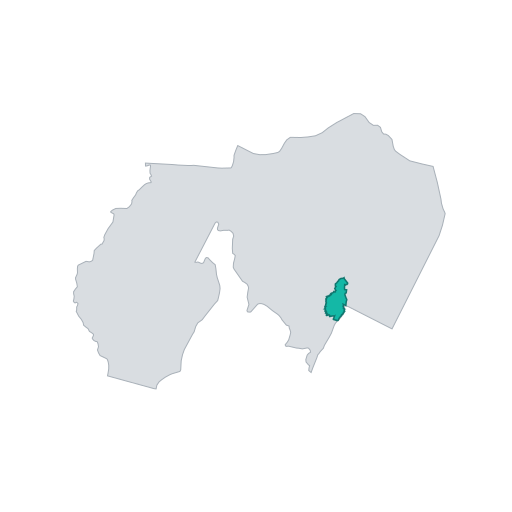 Manyinga, North-Western, Zambia shown in context, rotated 207°
{"feature_id": "96606910B15136159078795", "entity_name": "Manyinga", "entity_type": "district", "adm_level": 2, "iso_a3": "ZMB", "parent_name": "Zambia", "parent_adm1": "North-Western", "projection": "equal_earth", "projection_center": [24.317, -13.081], "detail": "fine", "context": "in_parent", "style": "filled", "palette": "teal", "viewbox_px": 512, "rotation_deg": 207, "n_neighbors": 0, "source": "geoboundaries", "source_scale": "gbopen_adm2", "svg_char_len": 7936}
<svg xmlns="http://www.w3.org/2000/svg" viewBox="0 0 512 512"><g transform="rotate(207 256 256)"><path d="M322.4,346.1L304.9,346.1L298.6,348.0L293.3,350.8L287.1,355.2L283.5,358.2L282.5,359.9L282.0,363.6L281.9,369.4L281.3,373.5L279.3,377.3L269.9,381.9L263.7,385.7L257.6,390.1L253.0,395.9L249.8,402.9L244.6,411.7L233.6,427.3L227.4,430.2L222.1,429.6L215.8,426.3L210.7,425.7L207.0,427.7L203.5,427.1L200.4,423.8L197.7,422.6L195.6,423.5L192.8,423.4L187.8,421.6L183.5,416.0L181.1,413.7L179.3,412.8L174.1,411.9L162.2,410.6L149.8,413.4L138.9,416.2L127.8,403.8L117.0,390.6L114.8,387.3L110.7,382.9L107.8,380.7L106.7,379.6L103.8,367.9L102.1,357.1L101.7,252.8L150.8,252.8L153.9,252.3L154.1,251.2L151.8,245.6L151.9,243.7L152.5,239.9L154.7,232.3L154.8,229.7L153.8,221.5L153.9,216.9L154.5,207.5L154.1,204.4L155.3,200.2L155.7,197.4L156.1,196.2L155.6,193.0L154.6,181.9L154.0,177.2L157.0,177.9L157.9,180.2L158.5,182.7L159.8,182.8L163.3,184.3L164.6,186.4L165.4,190.9L164.9,193.1L163.7,195.0L164.9,196.6L167.2,197.7L168.6,197.4L172.5,194.3L176.2,193.2L178.0,192.4L186.2,190.4L187.8,189.3L188.9,189.3L189.7,190.2L189.0,193.4L188.8,196.2L189.8,201.5L190.5,203.9L192.2,205.7L193.4,206.6L194.8,208.6L197.6,208.2L203.8,210.9L205.7,212.2L208.3,213.4L210.2,213.9L216.6,214.8L223.4,216.3L226.9,216.5L229.4,216.1L231.1,215.3L232.2,214.4L232.7,213.7L235.3,203.7L236.6,202.9L238.3,202.4L239.3,203.3L240.3,209.6L245.2,215.3L246.9,220.1L248.1,224.2L249.1,225.4L251.0,226.8L253.9,227.3L256.6,227.4L269.7,234.4L271.2,235.7L272.8,239.4L273.7,243.6L274.7,247.0L276.4,247.6L278.0,247.8L279.4,250.1L280.6,252.1L284.4,260.4L284.9,263.6L286.8,265.8L289.4,266.7L291.7,266.9L293.1,265.9L296.5,264.2L299.1,262.2L301.1,261.6L302.2,262.0L303.0,263.3L303.6,267.4L305.4,268.8L306.8,268.3L307.4,266.7L307.4,265.8L307.7,222.8L306.5,223.1L305.0,224.3L301.5,224.5L300.1,225.4L299.7,226.8L299.9,228.6L300.0,231.0L299.5,232.1L297.9,232.6L295.7,231.7L291.7,230.4L288.4,229.7L286.0,226.5L282.8,221.6L280.7,219.1L275.6,214.0L274.7,213.0L273.2,210.6L271.8,206.6L270.6,201.9L269.9,198.9L271.2,194.4L274.2,179.4L275.0,174.8L277.5,170.0L277.7,165.8L276.7,160.3L277.0,157.3L277.4,140.2L276.7,134.8L275.1,128.7L271.4,120.4L271.4,118.6L277.2,113.1L278.9,111.1L281.9,106.7L283.9,102.9L285.2,99.9L285.7,95.9L284.7,92.2L286.7,91.5L333.9,81.8L334.6,84.3L336.0,88.6L337.6,91.8L339.6,94.5L341.3,96.2L342.4,96.7L349.7,96.5L352.3,98.2L354.6,100.3L355.1,103.6L356.6,105.7L358.2,107.3L358.9,107.5L360.1,107.1L362.0,107.1L363.8,107.8L364.7,108.5L364.7,111.2L365.3,112.5L367.7,113.0L370.2,113.2L372.6,115.0L375.2,115.4L378.2,116.1L379.7,118.1L382.8,120.2L386.8,122.0L391.1,125.1L391.1,126.0L391.9,127.8L392.6,129.1L392.6,131.0L393.0,132.8L394.1,133.2L395.0,133.3L395.9,132.0L397.0,132.1L398.3,132.9L398.7,134.9L399.7,137.6L401.3,139.5L402.3,141.3L401.9,144.6L401.2,147.5L403.4,150.5L406.1,153.3L406.9,154.6L407.1,158.7L407.5,160.1L409.4,163.6L410.3,165.9L410.2,167.2L405.0,174.1L401.8,175.1L400.4,176.5L399.6,178.0L401.5,184.8L402.6,187.4L401.7,190.6L399.6,196.1L398.6,196.6L398.4,200.8L399.0,202.3L400.0,203.5L400.4,206.3L400.2,213.3L398.9,221.3L401.1,228.2L401.9,229.0L405.1,229.0L405.6,229.6L404.8,231.6L402.5,234.7L398.4,237.0L392.6,239.7L391.3,242.2L390.5,245.8L391.1,248.0L391.9,249.2L391.6,252.4L391.0,255.7L391.2,258.4L390.9,260.7L390.1,261.9L389.0,265.4L387.7,268.9L386.7,270.6L385.2,272.2L382.9,273.7L382.9,274.4L385.5,276.0L386.2,277.1L386.4,277.9L385.3,279.7L386.5,280.8L388.0,281.7L389.3,284.0L390.9,288.5L391.2,288.9L391.6,289.0L392.5,288.5L394.1,286.7L395.3,286.0L396.7,288.6L372.1,299.5L366.4,301.8L357.8,305.7L355.0,307.1L352.7,308.5L330.0,317.1L326.4,318.7L318.3,323.1L318.1,323.8L318.1,325.8L318.8,329.9L320.2,333.6L321.3,335.8L322.0,341.3L322.4,346.1Z" fill="#d9dde1" stroke="#a8b0b8" stroke-width="1"/><path d="M161.6,273.3L167.2,275.9L167.7,276.6L168.0,276.0L168.3,275.7L169.4,275.0L170.2,274.5L170.5,273.8L171.1,273.2L171.3,272.6L171.3,272.3L171.2,271.7L171.2,271.1L171.5,270.9L171.6,270.6L171.7,270.3L171.8,269.0L171.9,268.6L172.1,268.2L172.6,267.3L172.5,266.8L172.1,266.4L171.8,265.5L171.6,265.2L171.4,265.2L171.0,265.2L170.9,265.2L171.1,262.2L171.0,262.4L170.5,262.5L170.3,262.3L170.0,261.8L169.7,261.8L169.2,261.7L169.5,261.2L169.3,260.6L169.3,260.3L169.1,260.3L169.0,260.1L169.2,259.9L169.5,259.9L169.8,259.5L170.1,259.3L170.3,259.3L170.5,259.4L170.5,258.8L170.7,258.6L170.8,258.2L171.0,257.8L171.5,257.5L171.7,257.2L172.0,257.1L172.0,256.6L171.8,256.4L171.9,256.2L171.6,256.1L171.7,255.9L171.8,255.9L171.6,255.7L171.8,255.5L171.7,255.4L171.8,255.3L171.9,255.2L172.0,255.3L172.1,255.2L172.1,254.8L172.3,254.9L172.2,254.8L172.3,254.6L172.5,254.6L172.5,254.4L172.8,254.1L172.7,253.9L172.8,253.9L172.8,253.7L172.9,253.4L173.0,253.2L173.1,253.3L173.2,253.2L173.3,253.2L173.6,253.1L173.8,252.9L173.7,252.6L173.8,252.5L173.7,252.5L173.7,252.3L173.8,252.3L174.0,252.4L174.0,252.5L174.3,252.3L174.1,252.1L174.1,251.6L173.9,251.3L174.0,251.2L174.3,251.2L174.0,250.9L174.0,251.1L173.9,251.0L173.9,250.8L174.0,250.7L173.9,250.1L174.1,249.9L173.9,249.8L173.7,249.4L173.8,249.2L173.6,249.1L173.7,248.7L173.4,248.7L173.2,248.2L173.1,247.6L173.2,247.4L173.0,247.2L172.9,247.1L172.7,246.8L172.4,247.1L172.5,246.9L172.3,246.8L172.3,246.7L172.2,246.5L172.2,246.4L172.4,246.5L172.3,246.2L172.2,246.1L172.2,245.8L172.1,245.7L172.0,245.4L172.0,245.2L171.9,245.2L172.0,244.9L171.9,244.5L171.9,244.4L171.6,244.2L171.6,243.8L171.6,243.6L171.4,243.3L171.3,243.2L171.4,243.3L171.5,243.2L171.3,243.0L171.4,242.8L171.2,242.8L171.3,242.7L171.3,242.4L171.5,242.1L171.4,242.0L171.4,241.9L171.3,241.7L171.2,241.9L171.1,241.7L171.0,241.8L170.9,241.7L171.0,241.6L170.9,241.3L170.7,241.2L170.9,241.2L170.7,240.9L170.7,240.7L170.4,240.5L170.6,240.2L170.3,240.3L170.3,240.2L170.1,240.1L170.0,239.7L169.9,239.7L169.4,239.3L169.5,239.1L169.4,239.0L169.2,238.8L169.4,238.7L169.5,238.8L169.6,238.6L169.4,238.2L169.3,238.3L169.0,238.4L168.8,238.3L168.7,238.5L168.6,238.3L168.8,238.1L168.7,238.0L168.4,238.1L168.5,237.8L168.3,237.6L168.2,237.3L168.2,237.5L167.9,237.5L168.0,237.3L167.9,237.1L168.0,237.0L168.0,236.9L167.8,237.0L167.7,237.2L167.5,236.9L167.3,237.0L167.1,237.0L167.3,236.8L167.0,236.7L166.9,236.6L166.8,236.4L166.8,236.2L166.7,236.0L166.5,235.9L166.2,235.7L166.3,235.4L166.2,235.4L166.1,235.1L165.9,235.1L165.8,235.3L165.6,235.5L165.5,235.8L165.4,236.0L165.2,235.8L165.0,236.0L164.7,236.4L164.4,236.5L164.2,236.7L163.8,236.8L163.4,236.6L163.4,236.4L163.4,236.1L163.3,235.9L163.0,235.6L162.8,235.5L161.1,237.0L160.9,237.1L160.1,237.6L159.8,237.8L159.0,237.9L158.8,238.2L158.7,237.3L158.7,237.0L158.7,236.8L158.5,236.5L158.4,235.8L158.5,235.5L158.5,235.4L158.5,234.9L158.0,234.9L157.9,234.8L157.6,234.6L157.0,234.8L156.7,235.0L155.9,235.0L155.5,235.2L155.0,235.0L154.7,235.3L154.2,235.5L153.7,235.8L153.7,236.0L153.5,236.4L153.5,237.1L153.6,237.3L153.7,237.7L153.6,238.5L153.2,240.5L153.0,241.0L152.8,241.4L152.9,241.7L152.9,241.9L153.0,241.9L153.1,242.0L153.1,242.4L153.0,242.7L152.6,243.2L152.4,244.2L152.4,244.3L152.3,244.2L152.3,244.3L152.2,244.6L152.3,244.7L152.3,244.8L152.3,245.1L152.2,245.3L152.2,245.6L152.3,245.7L152.2,245.8L152.3,245.9L152.2,246.1L152.3,246.4L152.2,246.7L152.2,246.8L152.1,247.1L152.3,247.2L152.5,247.3L152.5,247.5L152.4,247.5L152.5,247.6L152.7,247.8L152.8,247.8L152.8,248.0L153.0,248.4L153.0,248.5L153.3,248.8L153.2,248.9L153.4,248.9L153.3,249.0L153.5,249.1L153.8,249.1L154.1,249.2L154.3,249.3L154.5,249.5L154.7,249.9L154.8,250.0L155.0,250.4L155.3,250.6L155.5,250.6L155.6,250.8L155.7,251.0L155.6,251.3L155.6,251.5L155.6,251.8L155.8,252.0L156.0,252.3L156.2,252.5L156.3,252.6L153.5,252.7L154.9,256.3L155.2,258.1L155.3,258.3L155.6,258.7L156.2,259.0L159.3,261.9L159.5,262.9L159.6,263.2L159.2,263.7L158.9,264.1L159.9,267.0L161.8,266.3L162.5,267.4L164.0,270.7L163.7,270.7L163.4,270.6L163.2,270.6L163.0,271.2L162.8,271.2L162.6,271.7L162.4,271.8L162.1,271.9L162.1,272.1L161.9,272.3L161.8,272.7L161.7,273.0L161.7,273.3L161.6,273.3Z" fill="#14b8a6" stroke="#0f766e" stroke-width="1.5"/></g></svg>